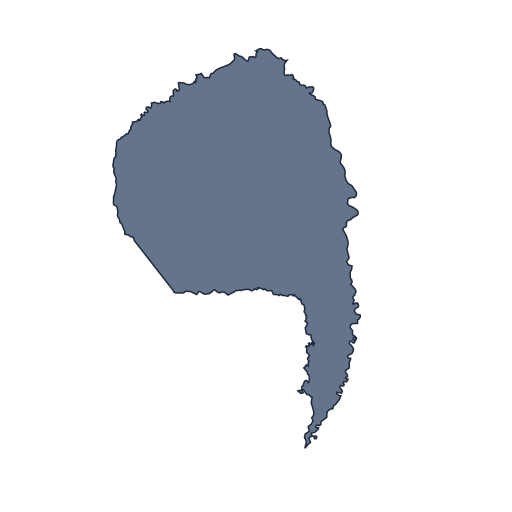 São Miguel do Araguaia, Goiás, Brazil, rotated 160°
{"feature_id": "56859067B80588795787306", "entity_name": "São Miguel do Araguaia", "entity_type": "district", "adm_level": 2, "iso_a3": "BRA", "parent_name": "Brazil", "parent_adm1": "Goiás", "projection": "robinson", "projection_center": [-50.279, -12.987], "detail": "fine", "context": "isolated", "style": "filled", "palette": "slate", "viewbox_px": 512, "rotation_deg": 160, "n_neighbors": 0, "source": "geoboundaries", "source_scale": "gbopen_adm2", "svg_char_len": 6118}
<svg xmlns="http://www.w3.org/2000/svg" viewBox="0 0 512 512"><g transform="rotate(160 256 256)"><path d="M262.8,114.9L260.7,111.5L258.4,111.3L258.6,113.4L257.6,114.1L256.8,113.6L256.6,111.8L255.4,108.2L253.6,107.6L252.7,105.1L251.6,104.1L254.3,99.3L254.9,90.7L255.6,87.9L257.3,85.9L259.0,85.0L258.8,81.6L261.7,79.0L264.9,78.1L265.5,77.2L265.6,74.5L266.2,72.9L270.5,72.0L271.2,71.1L272.3,69.5L272.5,67.9L272.0,66.3L272.5,63.7L275.9,58.6L271.9,61.0L268.5,62.2L268.5,66.4L267.6,67.5L264.4,67.4L265.0,69.8L264.3,70.6L261.0,70.2L256.9,71.9L255.8,73.5L258.1,74.1L258.2,75.6L257.1,76.3L253.8,75.1L252.5,75.6L252.3,77.1L251.4,78.2L244.7,80.2L242.9,84.5L241.7,85.7L238.4,86.8L236.1,86.1L234.0,89.0L232.1,89.3L226.6,92.7L224.1,95.7L225.4,96.1L227.2,98.9L226.7,100.3L222.4,97.9L221.0,99.5L222.0,103.5L221.7,104.9L220.2,105.1L218.6,104.0L217.5,104.3L217.1,105.6L217.6,106.7L217.1,107.6L216.1,107.8L214.4,106.8L212.5,107.7L211.6,108.8L213.5,110.1L213.3,111.2L211.2,111.5L210.7,113.4L211.6,115.1L211.4,116.9L210.5,118.1L207.2,118.7L206.0,120.2L205.3,123.2L202.0,127.3L204.1,128.7L204.3,130.0L203.5,131.1L199.5,131.4L197.6,133.0L196.2,135.0L196.5,137.8L198.2,142.2L197.7,143.2L196.5,143.8L195.7,143.2L194.9,141.5L193.6,140.7L189.6,144.3L190.1,145.8L191.2,143.8L192.0,143.2L193.3,144.0L193.1,145.2L191.2,146.1L190.8,147.0L191.6,147.9L192.1,149.9L190.8,152.6L192.0,156.3L191.3,158.0L189.6,159.3L187.9,159.3L183.7,157.9L182.4,161.3L180.4,161.7L178.7,163.3L178.4,164.2L178.4,165.1L181.6,167.1L182.3,170.0L181.8,171.8L180.3,172.7L177.4,173.1L176.6,174.3L176.4,176.2L177.0,177.3L178.5,177.8L180.5,177.4L181.5,178.0L178.9,180.7L179.4,184.1L176.8,185.4L174.1,188.6L174.3,191.4L176.7,197.2L174.9,198.1L174.2,200.5L174.9,202.7L173.2,208.4L170.6,210.9L169.1,213.8L172.3,216.1L172.7,219.2L172.3,220.1L169.1,222.4L168.3,231.1L165.7,235.1L164.6,238.2L164.2,243.8L165.3,251.0L164.4,252.4L161.6,252.7L160.6,253.4L159.8,256.1L158.0,257.9L154.7,257.8L151.8,259.0L146.7,259.8L145.8,260.5L144.9,262.7L145.6,265.0L148.5,269.0L151.5,271.7L152.1,274.1L149.9,278.4L146.3,278.3L143.5,277.3L141.1,278.4L140.1,280.5L140.0,282.0L141.9,289.3L144.6,292.7L145.5,296.4L145.2,300.5L143.1,305.8L143.3,309.4L144.9,314.6L144.5,315.9L141.6,320.3L141.3,323.0L142.5,325.9L145.2,328.8L147.7,333.1L147.3,336.0L145.8,339.8L145.3,342.8L145.1,347.5L143.3,351.4L141.6,352.1L141.1,353.6L141.0,362.6L140.4,366.7L139.8,367.5L139.6,374.2L140.7,375.9L140.6,378.0L141.5,379.3L146.6,382.9L146.0,385.0L147.2,387.1L149.7,389.5L150.0,390.8L147.3,390.3L145.2,392.2L144.4,393.8L144.7,395.5L148.6,396.8L151.1,396.5L151.5,399.0L152.1,399.9L156.1,401.6L156.0,404.8L157.7,405.8L158.0,407.2L159.4,409.1L160.5,409.3L159.4,411.6L159.7,413.5L160.4,414.4L162.5,414.0L163.9,415.3L166.7,415.5L167.2,416.8L166.9,418.9L165.2,422.0L164.2,425.7L162.8,427.7L159.9,429.3L161.9,429.7L163.6,431.2L164.6,433.6L166.8,433.7L168.4,435.0L171.6,441.4L172.6,444.6L173.6,445.6L175.0,446.4L178.3,446.9L180.4,449.2L181.8,449.5L186.1,448.8L184.9,447.5L186.8,445.9L187.9,443.3L189.2,442.9L190.2,444.2L194.2,445.3L196.7,442.1L197.6,442.3L198.7,443.4L201.2,448.2L203.5,449.8L205.8,453.0L207.1,453.4L208.0,452.4L208.2,449.9L209.0,447.9L213.3,446.0L215.9,445.1L227.1,444.9L230.6,444.2L233.9,442.3L235.3,442.8L236.3,442.4L238.9,439.4L240.5,440.4L243.0,440.8L243.7,441.6L245.1,446.4L246.5,446.0L250.4,446.8L250.3,443.4L251.8,443.2L252.5,440.7L253.4,439.9L253.4,441.1L254.2,441.1L256.0,439.7L259.2,439.5L262.7,441.1L264.8,443.5L267.5,444.4L268.3,445.2L269.8,445.2L271.0,438.8L271.8,437.9L273.9,438.2L273.6,439.3L274.5,440.4L275.5,440.6L277.2,439.7L278.9,434.6L281.1,435.2L282.5,434.6L283.6,432.4L283.9,430.5L286.6,431.9L289.3,431.8L290.3,431.3L291.1,432.9L292.8,433.6L293.9,432.1L296.2,433.0L298.7,435.1L301.9,435.5L302.8,432.6L304.4,431.0L306.2,432.9L308.2,433.2L309.1,431.3L307.9,429.4L308.1,428.3L309.6,428.3L311.3,429.2L312.1,428.7L312.9,426.5L314.5,426.6L314.9,428.4L316.0,428.0L315.5,426.8L318.5,423.2L319.4,423.3L319.4,424.4L320.6,424.3L322.0,423.2L326.4,424.1L326.6,422.6L329.5,420.1L330.6,417.5L331.7,417.5L334.3,414.7L336.1,415.0L341.0,413.3L341.8,413.7L343.4,412.3L345.5,412.4L347.0,411.7L348.2,410.3L349.6,406.8L351.8,403.2L352.5,399.9L353.4,398.7L353.7,397.2L355.2,396.9L356.1,396.1L359.5,390.1L359.8,388.6L359.3,387.4L361.1,383.1L360.8,376.5L362.3,374.1L362.8,370.4L367.3,363.0L369.3,360.9L372.1,354.0L372.1,352.7L370.1,350.4L369.9,349.2L370.8,344.4L372.2,341.9L372.4,340.1L371.8,337.5L372.4,333.9L371.6,333.1L371.2,331.9L370.9,324.1L371.8,321.3L368.4,319.2L367.5,317.4L364.7,315.2L365.1,312.3L364.1,309.1L345.5,251.6L345.5,250.2L344.5,249.0L337.0,246.1L333.2,246.9L332.2,246.0L329.9,245.2L325.0,240.1L321.9,242.2L320.9,241.8L318.0,238.1L316.3,237.3L312.5,236.6L311.5,237.2L310.1,237.1L307.5,238.6L305.9,238.0L305.5,236.6L303.8,234.4L302.6,233.8L299.7,233.7L297.8,232.6L296.0,229.1L295.0,228.9L288.0,229.9L286.5,230.5L284.9,229.7L282.8,229.5L281.9,228.6L280.6,228.8L274.8,227.5L271.8,224.7L269.3,225.0L268.4,225.8L267.0,224.2L265.5,224.3L265.3,225.7L261.6,223.3L260.6,221.8L258.9,222.0L258.0,220.1L256.6,219.2L253.1,218.2L252.7,213.9L248.5,212.0L247.9,211.0L246.1,211.4L245.3,211.0L245.0,210.0L242.8,209.2L240.3,207.4L239.1,207.4L238.2,208.2L235.6,207.5L234.9,206.0L233.8,205.6L233.1,206.5L232.8,205.0L230.2,200.2L229.4,200.8L228.8,199.7L229.3,197.7L229.1,195.0L227.9,194.1L227.7,193.0L228.2,189.9L229.9,187.0L229.2,185.0L229.7,183.3L229.0,182.7L229.2,181.7L230.2,181.1L230.1,180.1L230.6,179.2L232.2,178.0L230.5,175.7L231.8,173.7L234.3,171.7L235.3,165.9L233.4,163.9L232.5,164.0L231.3,162.1L232.0,161.3L232.3,158.3L230.9,153.8L232.7,152.4L232.2,154.8L232.5,155.7L233.5,155.6L234.0,154.1L235.3,154.3L235.7,156.0L236.6,155.9L236.4,153.6L237.1,152.8L239.3,154.4L240.4,153.6L239.6,152.6L241.4,148.1L240.0,145.6L239.9,144.4L242.8,141.8L242.2,138.8L243.2,138.4L244.4,134.8L245.9,136.6L247.2,135.5L249.4,134.5L247.5,129.6L247.9,127.1L247.0,126.0L247.5,123.3L249.3,119.4L250.1,119.2L250.8,121.3L251.4,122.0L252.3,122.0L253.6,121.4L256.1,118.3L257.8,117.5L258.2,115.4L259.1,114.5L262.8,114.9ZM263.5,66.8L263.5,64.2L261.6,63.8L260.7,65.5L261.5,66.6L263.5,66.8Z" fill="#64748b" stroke="#1e293b" stroke-width="1.5"/></g></svg>